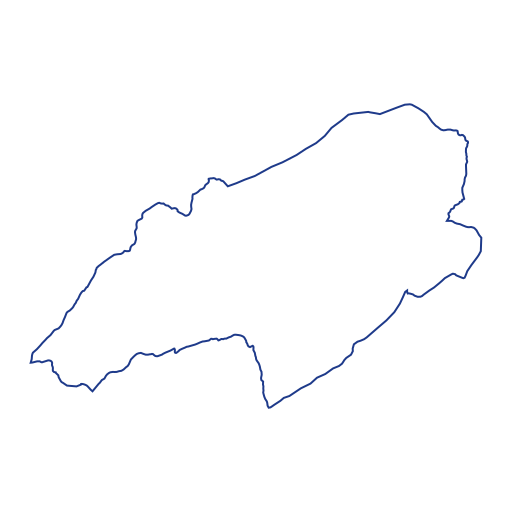 Boyacá, Boyacá, Colombia (Albers equal-area conic projection)
{"feature_id": "7082276B78300809096113", "entity_name": "Boyacá", "entity_type": "district", "adm_level": 2, "iso_a3": "COL", "parent_name": "Colombia", "parent_adm1": "Boyacá", "projection": "albers", "projection_center": [-73.391, 5.44], "detail": "fine", "context": "isolated", "style": "outline", "palette": "blue", "viewbox_px": 512, "rotation_deg": 0, "n_neighbors": 0, "source": "geoboundaries", "source_scale": "gbopen_adm2", "svg_char_len": 6038}
<svg xmlns="http://www.w3.org/2000/svg" viewBox="0 0 512 512"><path d="M407.1,290.5L407.1,291.4L407.3,292.6L407.8,293.5L408.4,293.3L410.1,293.6L412.9,294.4L414.6,295.7L417.7,296.8L420.5,296.7L422.1,296.0L423.6,294.7L429.5,290.4L433.9,287.6L439.5,283.0L441.8,281.0L444.9,278.1L451.5,274.3L452.9,273.7L454.2,274.0L455.3,274.3L456.0,275.2L456.8,275.6L462.2,277.8L463.4,278.2L464.6,277.7L465.6,275.6L467.3,271.1L471.5,264.9L477.2,257.3L478.7,255.1L480.8,251.2L481.3,237.7L479.1,235.0L476.5,230.3L474.8,228.5L473.7,227.7L471.1,227.0L469.1,227.2L467.6,227.1L466.0,226.7L463.0,225.5L460.1,224.2L456.9,223.6L454.8,222.8L452.7,221.4L451.3,220.9L446.9,220.9L448.9,217.6L449.2,216.8L449.2,216.2L448.4,214.1L448.5,213.2L449.3,212.6L450.1,211.7L451.0,209.4L451.8,209.0L453.0,208.6L453.7,208.2L454.1,207.2L454.5,205.9L455.1,205.3L457.8,204.3L458.9,203.5L459.6,202.8L459.8,201.9L460.5,201.7L461.2,201.7L461.8,201.4L462.0,200.5L462.3,199.7L463.5,199.5L464.2,198.9L462.5,192.5L462.3,190.1L462.3,187.8L463.9,184.1L464.6,181.0L464.6,179.4L465.0,177.6L466.0,175.7L466.3,173.9L466.0,166.0L466.0,164.4L467.2,161.8L466.9,160.3L466.5,158.9L466.6,157.6L466.9,156.8L466.4,155.5L466.3,153.6L465.9,152.0L466.0,148.8L466.3,147.8L467.0,146.7L467.3,145.7L467.3,144.7L467.5,143.8L468.0,142.9L468.0,142.0L467.7,141.4L466.1,140.7L465.4,139.8L465.0,137.4L464.3,136.4L462.9,135.1L461.8,134.9L461.0,135.2L460.1,135.3L458.7,134.7L458.0,133.6L457.8,132.5L457.6,131.1L456.9,130.6L455.9,130.4L453.9,130.5L452.8,130.3L450.4,129.6L447.7,129.6L445.4,130.1L443.5,130.3L441.2,129.7L439.5,128.5L438.0,127.2L435.8,125.8L432.2,122.0L426.8,114.3L423.9,111.9L418.4,108.3L411.8,104.7L409.8,104.3L404.8,104.7L396.6,107.7L379.9,114.1L375.8,113.3L369.8,112.3L368.3,111.9L353.7,113.5L348.4,114.7L342.0,120.1L331.5,127.9L324.8,135.9L316.1,143.1L305.8,148.9L296.6,155.0L282.5,162.3L271.4,166.9L254.8,176.0L244.9,179.6L236.4,183.2L227.8,186.3L223.4,181.4L222.5,180.9L221.6,180.8L220.9,180.4L220.3,179.6L218.8,179.2L216.7,179.6L215.9,179.2L215.0,178.5L213.7,178.1L211.6,178.4L210.7,178.4L208.7,178.8L208.6,179.4L208.9,180.4L208.8,181.4L208.6,182.2L207.9,183.1L206.0,184.5L205.2,185.3L204.5,187.0L203.8,188.0L202.7,188.7L201.2,189.4L200.5,189.5L197.9,192.0L196.1,193.2L193.8,194.2L192.9,194.4L192.6,195.3L192.4,197.3L192.5,198.8L191.5,202.7L191.1,204.9L191.2,206.9L191.5,209.0L191.0,210.9L189.5,213.8L188.5,214.9L186.4,215.7L185.3,215.7L182.3,213.8L180.2,212.9L178.7,212.1L177.6,211.2L177.6,210.1L177.0,209.3L176.1,208.5L174.8,208.1L173.4,208.3L171.7,208.7L170.5,207.5L168.0,205.6L167.2,205.6L165.9,205.3L164.7,204.5L163.6,203.5L162.8,203.6L161.0,203.5L159.2,202.8L157.8,203.2L155.3,204.6L151.7,207.0L149.7,208.5L145.7,210.8L143.1,212.9L142.5,213.9L142.2,215.2L142.3,217.6L141.7,218.6L138.3,220.3L137.3,221.1L136.6,223.1L136.4,224.7L136.7,227.2L136.6,228.4L135.6,230.1L135.1,231.1L135.0,232.3L135.3,234.4L136.0,237.4L136.1,239.1L135.8,240.3L135.5,241.2L135.2,242.5L134.5,243.8L134.3,244.0L132.1,245.3L131.7,245.7L131.1,246.6L130.8,246.9L130.5,247.7L130.0,250.1L129.6,250.8L128.7,251.1L127.9,251.1L127.0,251.2L124.7,250.9L124.2,251.2L123.3,252.4L122.8,252.8L122.1,253.3L120.9,253.9L120.5,254.0L117.0,254.3L114.2,254.8L110.0,257.6L104.2,261.7L100.2,264.9L98.4,266.2L98.0,266.7L96.8,267.7L96.2,269.4L95.8,270.0L95.7,270.6L95.5,271.9L95.3,272.7L93.4,276.8L91.0,280.4L87.6,286.7L87.3,287.1L86.5,287.3L84.2,290.7L82.7,291.1L81.4,292.5L80.0,294.7L78.1,298.9L76.7,300.7L75.7,303.0L74.7,304.2L73.9,305.6L73.3,306.8L72.3,308.1L69.8,310.5L67.6,311.8L66.9,312.5L66.5,313.1L65.0,317.0L63.6,320.1L62.5,323.2L61.4,325.2L60.3,326.6L58.6,328.4L54.7,330.0L53.8,330.8L50.5,335.1L47.0,338.1L45.5,339.8L42.4,343.0L40.4,345.4L36.9,349.2L32.9,352.7L32.4,353.9L32.0,355.5L31.7,359.2L30.7,362.7L32.5,362.5L37.3,361.3L39.6,361.3L41.3,362.2L42.0,362.3L48.1,360.4L49.0,360.4L50.6,360.8L51.6,361.6L52.1,362.7L52.1,363.6L52.0,364.3L52.0,365.0L52.2,365.8L52.6,366.6L52.8,367.4L52.9,368.1L52.8,369.6L52.9,370.9L54.0,372.0L55.7,372.4L55.7,372.8L58.3,375.3L58.7,377.3L60.8,381.1L61.6,382.1L62.9,382.8L67.0,385.6L76.5,386.4L80.5,384.8L81.1,384.5L81.1,384.0L81.6,383.9L82.7,384.0L83.9,384.3L85.3,384.8L86.7,385.5L87.8,386.5L90.7,389.7L92.5,391.3L98.7,383.8L99.8,382.8L101.8,380.1L104.4,378.6L105.9,375.9L107.1,374.4L108.9,373.0L110.3,372.3L112.8,371.9L114.8,372.0L116.7,371.9L119.0,371.2L121.4,370.8L123.6,369.5L126.3,367.0L127.6,366.1L128.8,364.4L130.9,359.5L133.6,356.7L135.1,355.3L136.7,354.0L138.5,353.3L140.9,352.9L143.4,353.9L145.8,354.7L147.8,354.7L149.8,354.3L151.0,354.2L152.0,353.9L153.0,354.1L153.7,354.8L155.3,356.0L156.4,356.2L157.6,356.2L162.0,354.6L163.1,353.8L165.5,352.6L170.4,350.6L174.0,348.6L174.4,348.6L174.7,349.3L174.9,349.9L174.8,351.7L174.9,352.4L175.4,352.9L176.3,352.9L178.5,351.2L179.6,350.0L182.1,348.8L185.0,347.6L186.6,346.8L188.4,346.5L195.3,344.5L197.5,343.6L199.9,342.5L202.6,341.5L204.6,341.3L208.9,340.5L211.1,338.8L211.9,338.8L212.8,339.2L214.3,338.9L216.1,338.7L216.7,338.7L217.5,339.3L218.4,340.4L219.4,340.1L221.3,339.0L222.2,339.0L223.1,339.2L224.0,338.8L224.9,338.6L226.3,338.6L228.7,337.4L230.9,336.7L232.6,335.6L234.2,334.8L235.6,334.7L238.8,335.1L240.8,335.5L242.9,336.4L244.2,337.4L245.6,339.8L246.2,341.0L246.3,342.2L247.2,343.6L247.8,345.4L248.5,346.4L250.0,347.1L252.2,346.0L252.7,345.8L253.3,346.4L253.5,347.1L253.4,350.1L254.8,352.8L255.4,356.0L255.9,357.2L256.1,359.0L256.6,360.3L258.7,363.3L259.3,364.8L259.8,366.4L260.2,368.4L260.4,369.6L261.5,371.8L261.7,374.8L261.1,377.7L261.1,378.8L261.4,380.1L263.1,381.5L263.0,384.6L263.4,386.2L263.3,388.6L263.5,390.6L263.2,392.5L263.5,393.8L264.3,396.7L265.2,398.9L266.8,401.4L267.2,402.7L267.6,405.7L268.7,407.7L270.4,407.4L271.4,406.8L274.4,404.7L280.4,400.8L283.8,397.9L289.4,396.0L300.9,388.3L310.5,383.6L317.0,377.7L325.3,374.0L333.1,368.4L339.0,366.0L342.0,363.7L343.4,361.6L344.3,360.1L346.3,357.9L351.0,354.7L352.8,351.2L352.7,348.5L353.9,344.3L357.5,341.7L360.6,340.7L364.1,339.2L366.7,337.4L377.5,328.0L386.3,320.5L394.3,312.2L399.9,303.6L402.8,297.4L405.2,291.9L407.1,290.5Z" fill="none" stroke="#1e3a8a" stroke-width="2"/></svg>